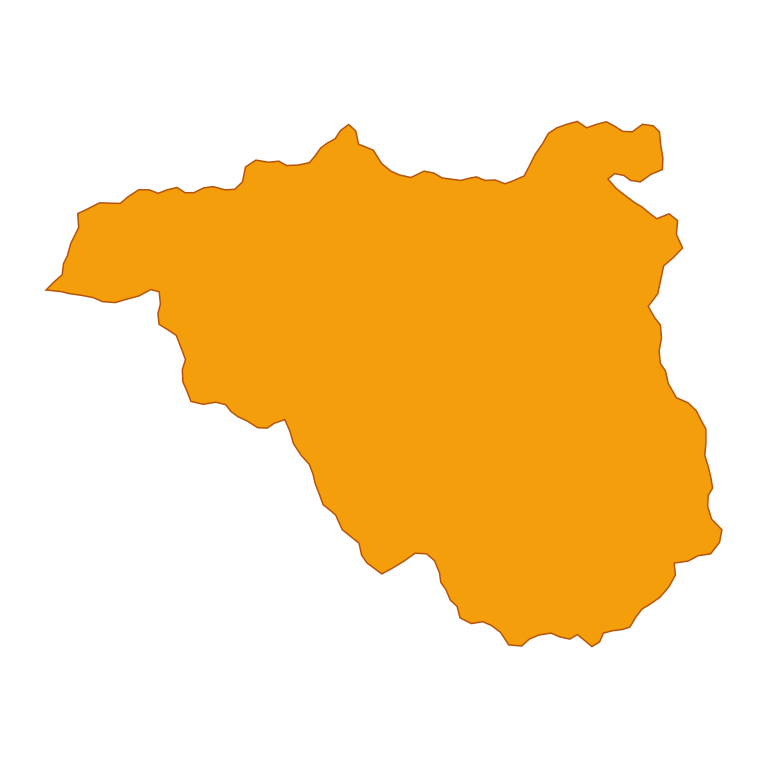 Nova Serrana, Minas Gerais, Brazil (Natural Earth projection)
{"feature_id": "56859067B56577465967260", "entity_name": "Nova Serrana", "entity_type": "district", "adm_level": 2, "iso_a3": "BRA", "parent_name": "Brazil", "parent_adm1": "Minas Gerais", "projection": "natural_earth1", "projection_center": [-44.98, -19.859], "detail": "fine", "context": "isolated", "style": "filled", "palette": "amber", "viewbox_px": 768, "rotation_deg": 0, "n_neighbors": 0, "source": "geoboundaries", "source_scale": "gbopen_adm2", "svg_char_len": 2601}
<svg xmlns="http://www.w3.org/2000/svg" viewBox="0 0 768 768"><path d="M46.1,290.0L61.1,291.6L69.8,293.7L80.7,295.2L93.3,297.6L102.3,301.6L115.2,302.6L125.6,299.5L138.7,296.0L150.8,289.6L159.2,291.8L160.4,304.1L157.9,313.6L159.1,324.4L167.9,329.8L176.2,335.3L181.0,347.6L185.5,359.6L182.3,369.7L182.9,381.9L187.3,391.9L190.9,401.4L203.2,404.3L215.8,402.2L225.7,404.7L231.3,411.8L238.0,416.7L247.3,421.1L257.7,427.7L267.2,428.1L274.1,423.3L284.8,419.6L289.9,431.2L293.6,443.9L301.3,455.5L309.2,464.3L312.9,473.7L315.4,484.2L319.3,494.0L323.0,504.5L335.6,514.9L342.3,529.8L350.3,536.2L359.0,543.2L361.6,555.1L367.1,563.1L375.3,569.1L381.7,573.9L391.8,568.5L403.4,561.5L415.1,553.2L426.6,553.8L434.6,560.8L439.5,572.9L440.8,582.4L445.8,589.4L450.4,600.2L457.1,606.4L460.0,617.8L471.3,623.6L482.7,621.7L491.5,625.5L500.7,632.5L508.7,644.9L521.7,646.0L529.3,639.1L538.9,635.0L551.0,633.1L559.8,636.9L569.7,639.1L577.3,634.6L584.1,640.0L591.9,646.6L599.5,642.0L603.4,633.1L613.0,630.6L621.8,629.6L629.8,627.1L636.0,616.8L642.2,608.9L649.1,604.8L659.9,597.3L668.7,587.1L675.4,575.1L674.2,563.1L688.0,561.1L698.1,555.7L710.7,553.8L719.5,542.4L721.9,529.8L711.5,519.0L707.7,506.4L708.2,495.6L712.6,488.0L710.7,476.8L708.2,466.4L704.8,455.5L705.9,443.6L705.9,429.1L700.5,419.2L696.3,410.7L688.0,402.8L676.4,397.7L668.2,383.4L665.5,371.0L660.4,363.5L659.1,351.1L661.5,337.8L660.4,325.0L654.8,317.9L648.2,306.4L657.8,293.7L660.7,279.8L663.7,265.8L673.0,257.9L682.6,248.0L676.4,234.5L677.6,220.6L669.1,213.8L656.7,218.7L649.0,212.9L642.3,207.2L634.3,202.4L626.8,196.8L616.0,188.3L608.0,179.0L614.7,173.6L624.0,175.5L630.5,180.4L640.3,181.9L650.8,174.4L662.4,169.5L662.9,158.1L660.9,146.3L659.4,131.8L653.2,125.8L642.5,124.3L632.3,131.8L622.7,131.4L615.0,126.4L606.4,121.8L598.0,123.9L586.6,127.8L577.3,121.4L566.8,124.3L556.9,127.8L548.4,133.4L542.5,143.8L535.2,154.3L529.3,166.1L524.2,175.9L512.9,180.9L504.9,183.8L495.3,180.0L484.9,180.4L476.4,176.9L468.5,178.4L460.9,180.4L452.9,179.4L442.1,177.9L433.6,173.0L424.1,171.1L411.0,177.5L399.6,175.0L390.8,171.1L381.6,163.5L373.3,150.2L358.6,144.2L355.7,130.9L348.7,124.5L340.5,130.5L335.1,138.8L327.1,143.2L320.6,148.1L315.8,155.0L309.5,162.6L297.9,165.1L286.4,165.5L278.9,161.2L268.2,162.2L255.9,160.1L245.5,167.0L242.5,181.9L234.7,189.3L224.9,189.8L213.1,186.6L203.6,187.9L194.0,192.7L185.0,192.7L177.0,187.5L167.1,189.8L158.2,193.3L149.1,189.8L138.7,189.8L128.0,196.8L120.2,203.4L110.6,203.2L99.6,202.8L86.7,209.4L77.7,213.6L78.7,227.5L70.7,243.6L67.5,255.4L63.5,263.7L62.2,274.7L53.6,282.3L46.1,290.0Z" fill="#f59e0b" stroke="#b45309" stroke-width="1.5"/></svg>